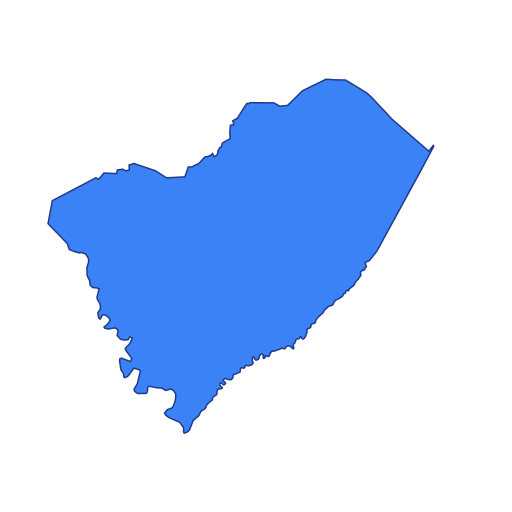 San Jacinto Tlacotepec, Oaxaca, Mexico (Mercator projection), rotated 78°
{"feature_id": "50627088B78980153949014", "entity_name": "San Jacinto Tlacotepec", "entity_type": "district", "adm_level": 2, "iso_a3": "MEX", "parent_name": "Mexico", "parent_adm1": "Oaxaca", "projection": "mercator", "projection_center": [-97.345, 16.506], "detail": "fine", "context": "isolated", "style": "filled", "palette": "blue", "viewbox_px": 512, "rotation_deg": 78, "n_neighbors": 0, "source": "geoboundaries", "source_scale": "gbopen_adm2", "svg_char_len": 4961}
<svg xmlns="http://www.w3.org/2000/svg" viewBox="0 0 512 512"><g transform="rotate(78 256 256)"><path d="M403.8,351.6L402.6,349.1L402.0,348.7L401.2,346.6L400.2,345.1L398.9,344.0L397.8,343.4L396.6,342.2L395.8,340.8L395.3,338.8L394.4,337.2L393.4,336.4L392.7,336.1L391.8,335.5L389.3,332.1L388.4,330.0L388.2,329.2L387.3,328.5L385.9,328.1L384.9,327.0L384.2,325.2L383.4,323.2L381.1,322.4L379.7,322.1L379.0,321.7L378.5,321.0L378.4,320.2L378.5,317.1L378.3,316.5L377.6,316.5L376.4,317.3L374.9,318.2L374.1,318.2L373.3,317.7L372.6,316.6L373.0,315.8L373.6,315.5L374.5,315.3L375.4,314.4L375.2,313.4L374.0,312.1L371.9,313.4L371.0,314.1L370.4,313.7L369.3,311.8L369.8,310.5L370.7,309.7L371.7,306.8L371.7,305.8L370.8,304.4L370.3,304.0L368.2,303.3L367.4,302.7L367.0,301.5L367.2,300.2L366.5,297.7L366.5,296.6L366.1,295.7L363.1,294.6L362.5,294.1L362.3,293.2L362.5,292.5L363.1,291.5L363.1,290.7L362.2,289.9L361.2,289.5L360.9,288.8L361.2,287.4L361.8,286.5L361.7,283.8L361.6,283.2L360.9,281.8L360.6,281.5L359.7,281.0L357.6,281.4L356.7,281.2L354.9,280.6L354.0,279.6L354.2,279.3L355.7,278.8L356.6,278.7L356.8,278.6L357.4,278.3L357.8,277.5L357.9,276.3L357.6,275.3L356.6,274.2L355.5,274.4L354.9,273.5L353.6,272.5L352.8,271.0L353.4,270.3L354.4,269.6L355.4,269.4L356.6,270.2L357.6,270.0L357.7,269.1L357.2,268.2L355.9,268.1L355.6,267.6L355.6,267.1L356.5,265.7L356.8,264.6L356.6,264.0L356.0,263.4L354.5,262.5L353.8,262.4L353.6,261.5L352.8,261.1L352.5,260.5L352.6,258.1L352.9,257.2L352.8,256.7L352.3,255.9L352.3,253.0L351.6,250.5L351.6,249.8L352.2,248.1L352.6,247.8L352.6,246.8L351.1,245.3L350.5,244.1L350.5,243.7L351.0,242.2L351.9,240.8L353.1,240.2L354.6,238.9L354.1,238.3L353.5,238.1L350.8,238.2L350.1,237.7L349.5,236.9L349.1,236.2L347.5,234.9L346.4,234.7L345.9,233.9L345.6,233.0L345.9,231.1L345.6,230.6L344.7,230.2L344.1,229.6L344.4,229.0L345.1,228.5L346.2,228.2L346.9,227.7L346.9,226.9L346.6,226.2L345.7,224.9L344.7,224.1L344.1,223.9L343.4,223.2L342.4,222.8L341.3,222.0L340.6,221.7L339.9,222.0L339.2,221.7L338.1,221.0L337.9,220.7L337.5,218.0L337.0,217.4L336.3,216.9L335.7,216.7L334.9,216.7L334.1,215.5L334.1,215.1L333.9,214.4L333.9,212.7L333.3,211.7L332.2,211.3L331.6,211.0L329.9,209.5L328.8,208.0L325.5,202.4L325.4,202.5L324.7,201.9L324.3,201.3L323.8,201.1L323.1,199.8L322.5,199.3L322.3,198.9L321.9,198.4L321.8,197.6L321.1,197.2L320.5,196.0L320.6,195.8L320.3,194.5L320.3,193.7L320.0,192.1L319.9,191.5L319.6,191.0L318.8,190.3L318.0,189.8L316.9,188.7L315.8,187.5L314.9,183.8L313.4,179.9L313.0,179.5L311.3,178.1L311.1,177.7L310.9,176.3L309.1,175.5L308.7,175.0L308.6,174.4L308.8,173.8L309.2,173.0L309.2,172.8L308.9,172.3L307.4,171.5L306.9,170.2L306.4,169.3L305.7,167.5L305.0,166.4L303.4,165.0L302.8,164.7L301.6,163.4L300.6,162.0L300.1,160.8L299.0,160.1L298.4,159.3L297.8,158.9L297.8,158.6L297.1,157.8L295.9,157.2L294.5,157.5L293.2,156.7L292.8,155.8L292.2,155.3L291.9,154.2L292.4,153.4L291.7,152.6L290.7,152.1L289.4,150.2L286.6,150.6L285.6,150.4L285.3,150.7L285.1,150.6L284.6,149.2L284.4,147.8L284.4,147.1L284.1,146.1L282.9,144.6L276.2,136.6L206.7,77.0L185.6,59.3L184.7,59.6L189.5,65.2L150.4,94.6L146.5,96.9L124.6,110.1L119.4,113.9L114.1,119.5L102.5,131.8L99.6,144.1L98.8,146.6L97.7,150.9L101.0,164.2L104.1,176.3L115.3,193.8L114.4,201.6L109.9,206.8L104.8,229.8L105.5,232.1L104.8,233.2L107.8,236.3L117.5,245.7L118.9,250.6L123.1,250.3L122.8,253.9L130.2,256.0L135.9,256.9L138.5,265.4L142.2,267.4L142.5,268.9L145.5,271.5L147.4,271.9L149.4,273.4L150.1,276.4L146.7,277.2L147.6,278.6L148.1,279.3L148.6,281.7L148.5,285.4L153.7,292.8L155.0,298.6L155.6,299.6L154.9,303.5L155.1,304.1L155.8,304.3L163.8,309.1L160.9,327.4L151.9,336.4L140.1,356.2L140.7,361.2L145.5,362.0L145.6,365.7L143.4,368.3L143.0,373.6L146.4,375.3L143.2,387.5L148.3,393.9L146.2,396.4L159.5,443.7L181.1,452.7L204.6,438.0L210.5,437.3L211.1,436.9L214.2,432.2L216.3,428.1L216.2,426.2L218.6,422.2L223.5,420.4L227.0,420.9L232.4,423.9L240.2,425.2L245.4,423.9L250.0,424.3L253.0,422.2L253.9,418.8L255.4,416.3L263.5,420.2L265.1,420.2L270.8,418.5L274.1,418.8L276.2,419.9L278.5,422.5L283.7,422.8L284.8,422.2L285.3,421.3L281.5,418.4L282.6,415.4L285.8,412.7L288.4,412.1L290.7,414.0L292.6,416.7L293.9,419.4L295.3,418.8L296.7,415.6L296.9,409.3L297.9,407.5L300.6,406.4L304.9,408.4L309.1,405.9L310.4,403.6L311.2,399.8L311.1,398.1L309.1,396.8L309.5,395.1L310.9,394.2L315.5,397.8L318.9,402.7L319.5,403.2L321.3,402.9L330.4,398.8L333.2,400.7L327.9,408.9L328.2,410.5L329.8,411.2L339.0,411.8L342.6,410.4L344.1,410.0L346.8,410.5L347.7,409.3L347.2,407.0L346.3,405.4L340.3,398.8L342.6,394.5L344.6,392.9L347.8,394.6L356.0,398.5L361.2,403.1L363.2,402.9L365.9,400.3L367.2,393.9L367.5,391.6L365.7,390.3L362.0,389.3L361.2,387.3L364.1,380.9L365.7,375.3L367.9,373.4L368.8,371.8L368.5,369.4L368.4,366.9L370.7,364.4L374.5,363.2L380.3,364.8L385.8,368.2L387.1,369.7L387.9,374.9L390.7,378.1L392.7,377.5L395.4,375.4L402.9,365.1L409.0,362.5L412.9,363.4L414.3,363.0L414.1,361.0L413.6,359.3L412.4,357.3L403.8,351.6Z" fill="#3b82f6" stroke="#1e3a8a" stroke-width="1.5"/></g></svg>